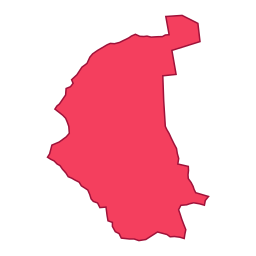 the district of Triunfo, Paraíba, Brazil
{"feature_id": "56859067B33626956315035", "entity_name": "Triunfo", "entity_type": "district", "adm_level": 2, "iso_a3": "BRA", "parent_name": "Brazil", "parent_adm1": "Paraíba", "projection": "mercator", "projection_center": [-38.572, -6.599], "detail": "fine", "context": "isolated", "style": "filled", "palette": "rose", "viewbox_px": 256, "rotation_deg": 0, "n_neighbors": 0, "source": "geoboundaries", "source_scale": "gbopen_adm2", "svg_char_len": 1470}
<svg xmlns="http://www.w3.org/2000/svg" viewBox="0 0 256 256"><path d="M47.5,157.2L50.8,159.3L54.1,160.9L57.1,164.0L60.0,165.6L62.5,169.2L65.9,173.0L68.2,176.7L71.8,178.2L74.5,179.8L79.2,182.2L81.3,185.8L83.8,187.4L87.8,190.0L89.7,194.4L91.1,198.9L93.3,201.4L97.6,203.0L99.9,207.6L106.0,207.1L107.1,215.7L108.0,220.8L112.4,222.4L112.4,226.4L115.3,231.7L119.1,233.6L121.3,238.1L129.6,239.0L134.2,239.0L138.9,240.6L142.7,240.0L145.8,239.5L157.5,232.0L167.0,234.5L170.1,236.8L174.4,236.5L179.8,237.2L184.2,238.5L184.9,234.0L185.8,229.7L183.4,223.6L181.6,218.8L180.3,214.7L178.6,209.7L180.9,205.3L186.7,204.8L189.5,203.8L193.6,202.8L199.5,203.8L204.4,205.2L205.3,200.5L208.5,196.5L195.7,192.7L194.1,189.5L193.1,186.4L191.1,182.5L188.3,178.6L188.0,174.9L188.5,170.4L188.3,166.4L177.8,164.0L178.7,158.5L177.3,153.5L176.5,148.5L173.9,143.6L171.1,137.9L169.1,133.5L166.8,129.6L165.3,126.3L163.7,100.7L162.8,75.8L176.1,74.4L171.9,50.4L200.0,41.6L197.9,23.4L182.1,15.4L165.8,16.5L169.1,34.7L165.3,35.0L162.4,36.6L158.0,36.7L151.1,37.1L147.0,36.1L143.9,36.5L139.8,36.3L135.4,34.3L131.5,36.0L128.9,37.8L125.8,39.4L123.0,40.7L119.6,42.4L114.5,43.7L110.3,43.4L107.1,44.8L97.6,50.4L92.7,53.8L89.9,57.1L87.0,63.4L81.9,67.2L76.9,74.8L71.6,79.7L73.1,83.3L70.5,86.7L66.1,88.5L65.6,95.0L59.4,104.0L56.9,106.0L54.9,109.1L62.6,115.1L65.6,118.2L67.2,121.9L68.8,126.4L69.3,133.3L66.2,136.9L59.2,142.0L51.9,145.1L49.6,153.9L47.5,157.2Z" fill="#f43f5e" stroke="#9f1239" stroke-width="1.5"/></svg>